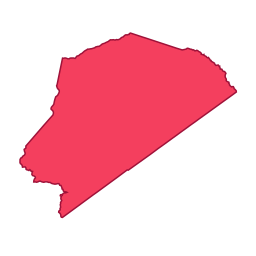 outline of Eldorado do Carajás, Pará, Brazil, rotated 5°
{"feature_id": "56859067B11338403057806", "entity_name": "Eldorado do Carajás", "entity_type": "district", "adm_level": 2, "iso_a3": "BRA", "parent_name": "Brazil", "parent_adm1": "Pará", "projection": "orthographic", "projection_center": [-49.273, -6.12], "detail": "fine", "context": "isolated", "style": "filled", "palette": "rose", "viewbox_px": 256, "rotation_deg": 5, "n_neighbors": 0, "source": "geoboundaries", "source_scale": "gbopen_adm2", "svg_char_len": 3191}
<svg xmlns="http://www.w3.org/2000/svg" viewBox="0 0 256 256"><g transform="rotate(5 128 128)"><path d="M70.5,222.8L99.3,197.5L102.5,194.8L122.7,177.1L130.9,169.8L131.9,170.0L152.8,152.1L157.2,148.2L159.5,146.1L163.5,142.7L189.6,120.0L195.8,114.7L196.9,113.7L201.9,109.4L206.0,105.9L209.1,103.2L220.1,93.7L228.7,86.3L232.8,82.7L232.5,81.4L231.1,80.1L230.3,79.6L230.0,78.6L229.3,77.6L228.3,77.7L227.5,78.0L226.3,77.2L225.4,76.4L225.3,75.5L224.5,74.7L224.6,73.7L223.9,73.4L222.5,73.0L221.7,72.3L221.7,71.1L221.3,70.1L220.6,69.3L220.3,68.3L220.2,67.1L220.4,66.1L220.8,65.0L219.3,63.3L218.3,63.3L217.2,62.7L216.8,61.9L216.3,61.2L214.8,61.3L214.5,60.1L213.9,59.3L214.0,58.4L212.9,58.2L212.4,57.4L211.1,57.7L210.2,58.0L209.5,57.5L208.8,56.7L208.5,55.9L207.7,55.5L205.9,54.6L205.1,54.4L204.9,53.5L204.0,53.2L203.4,52.3L202.6,51.5L202.0,50.7L201.1,51.1L200.3,50.7L199.6,49.9L197.5,49.1L197.2,48.1L196.4,48.6L195.6,48.3L194.6,48.3L194.5,47.2L193.0,46.0L192.1,45.8L191.4,45.3L190.6,44.8L189.7,44.6L189.0,45.1L187.9,45.3L187.2,44.8L186.4,44.4L185.5,44.6L184.6,44.1L183.1,44.0L181.8,43.6L181.0,43.4L180.0,43.4L179.4,44.1L178.5,44.5L177.6,44.8L175.2,45.5L169.5,44.3L137.2,36.7L135.3,36.3L122.2,33.2L121.2,33.8L121.0,34.7L120.0,34.9L119.1,35.4L118.0,35.3L117.2,35.6L116.1,36.6L115.4,37.6L114.4,38.0L113.3,38.7L112.8,39.5L111.8,40.3L110.8,40.8L109.7,41.0L108.8,40.9L107.9,41.4L106.9,41.5L105.8,41.3L104.4,41.6L102.8,41.7L101.7,42.6L101.0,43.4L99.8,44.1L98.8,44.6L97.5,45.5L96.6,45.9L95.8,46.2L94.8,46.7L94.2,47.4L92.2,49.2L91.0,49.3L89.8,49.7L88.5,50.2L87.9,51.0L86.9,51.3L85.8,51.8L84.7,52.2L83.7,52.4L82.7,52.7L81.8,52.9L80.8,53.0L80.2,53.6L78.7,54.6L77.9,55.2L75.7,57.6L74.5,58.3L73.5,59.2L72.9,59.9L72.1,60.4L70.9,60.8L70.3,61.5L69.9,62.5L69.2,63.3L67.7,63.0L66.7,63.1L64.9,63.3L64.1,63.5L63.4,64.2L62.0,64.3L61.1,64.0L59.7,63.7L58.7,63.8L57.5,64.2L56.7,64.1L53.6,90.8L53.2,92.2L53.7,93.4L54.0,94.2L55.1,95.5L56.2,96.5L56.4,98.0L55.9,99.6L55.0,101.7L53.3,103.2L52.8,105.2L52.4,107.3L52.0,110.9L51.3,112.0L49.9,114.0L49.6,115.2L49.8,116.1L51.4,117.2L52.3,118.6L52.4,120.1L52.1,121.6L51.5,122.4L44.3,132.1L27.8,154.9L28.0,155.9L27.9,157.1L26.4,158.3L26.8,160.0L27.8,162.0L27.4,163.8L25.4,165.5L25.0,166.7L23.8,167.3L23.2,168.8L23.4,171.8L23.9,172.9L25.0,173.5L25.9,174.7L26.3,176.2L27.8,175.9L29.2,175.8L29.8,176.7L30.1,178.1L30.9,178.5L31.9,178.6L33.0,179.0L33.8,178.0L34.7,178.7L35.2,179.5L36.7,179.6L36.3,181.0L36.3,182.7L37.1,183.7L38.3,183.9L39.7,184.6L40.1,185.8L39.2,187.0L38.8,188.7L38.8,190.0L40.5,189.8L41.6,190.0L42.8,189.6L44.3,188.7L45.4,188.6L46.6,189.1L47.8,189.3L48.9,189.4L50.1,188.9L52.1,188.7L53.5,189.1L55.3,189.0L56.5,189.8L58.1,190.1L59.9,190.3L61.2,190.1L62.0,189.8L63.0,189.5L64.1,189.5L65.0,191.0L66.3,191.1L66.7,192.1L67.3,193.0L67.6,194.5L68.6,194.8L68.8,195.7L69.2,196.5L70.2,197.1L71.7,197.0L72.8,197.4L71.6,198.0L70.2,198.2L69.1,198.9L68.6,199.7L68.4,200.6L67.6,200.1L66.6,200.4L66.4,201.4L67.5,202.0L67.2,203.6L67.4,204.7L68.3,205.9L67.9,206.9L67.3,208.0L67.5,209.2L67.2,210.3L67.6,211.8L67.8,212.9L67.3,214.2L67.6,215.4L66.3,216.9L66.3,218.0L67.3,218.6L68.1,219.4L68.6,220.5L68.8,221.8L69.4,222.7L70.5,222.8Z" fill="#f43f5e" stroke="#9f1239" stroke-width="1.5"/></g></svg>